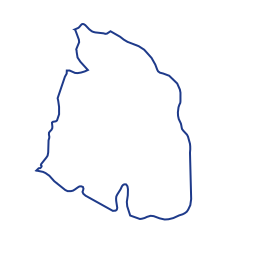 map outline of Galati (Robinson projection), rotated 203°
{"feature_id": "ROU-315", "entity_name": "Galati", "entity_type": "County", "adm_level": 1, "iso_a3": "ROU", "parent_name": "Romania", "parent_adm1": "", "projection": "robinson", "projection_center": [27.834, 45.761], "detail": "fine", "context": "isolated", "style": "outline", "palette": "blue", "viewbox_px": 256, "rotation_deg": 203, "n_neighbors": 0, "source": "natural_earth", "source_scale": "10m", "svg_char_len": 1910}
<svg xmlns="http://www.w3.org/2000/svg" viewBox="0 0 256 256"><g transform="rotate(203 128 128)"><path d="M195.8,52.9L194.5,56.0L193.1,56.8L192.6,58.0L192.6,59.2L193.7,59.8L193.8,61.0L191.6,68.9L191.2,71.1L191.9,74.3L196.3,85.6L196.6,88.1L197.1,89.4L198.2,91.0L198.9,92.8L198.5,94.5L197.8,96.2L197.6,98.0L198.1,99.6L199.7,102.5L200.1,103.3L199.5,104.4L197.1,105.9L196.3,107.2L196.8,113.7L199.7,120.5L202.9,125.8L204.4,127.9L206.1,150.5L205.7,154.1L206.8,157.0L204.2,158.1L198.3,158.0L195.9,158.8L192.9,160.7L189.9,163.2L187.6,165.7L197.8,170.4L202.0,173.2L205.0,178.0L205.7,179.4L206.2,179.8L206.4,180.4L206.5,187.9L207.8,190.2L212.6,195.3L215.1,197.9L215.5,197.9L215.2,198.2L212.7,200.9L212.0,202.7L211.7,203.9L211.1,205.4L210.4,206.0L209.4,206.3L207.5,206.0L202.2,203.7L199.1,202.9L197.4,202.9L195.5,203.2L187.5,205.6L185.7,205.8L184.3,206.6L181.9,210.2L170.9,208.9L166.4,207.7L162.1,207.1L150.1,207.5L143.7,206.4L133.7,201.7L127.6,197.0L123.9,193.1L122.4,191.9L120.2,191.4L116.9,191.9L110.5,192.2L100.1,188.2L95.3,183.7L93.5,181.0L90.2,173.2L89.7,171.5L89.8,169.4L89.6,166.8L88.2,161.9L86.7,158.8L84.8,156.1L81.0,152.7L79.8,151.0L78.9,149.6L77.9,148.2L76.0,147.1L71.1,144.9L69.4,143.5L64.8,137.7L63.6,135.5L62.4,132.8L61.3,129.5L42.1,87.3L40.5,81.3L40.7,76.4L41.2,73.9L42.5,71.7L44.0,69.9L46.7,67.6L51.1,62.8L55.1,59.8L58.5,58.1L63.6,57.2L69.9,56.9L72.9,56.0L75.8,53.6L77.6,51.6L79.8,49.9L81.5,48.9L91.8,48.3L98.1,55.6L100.2,59.5L101.9,66.0L104.1,71.6L105.7,74.1L107.6,75.3L108.8,75.0L109.8,74.3L110.4,73.4L110.8,72.0L110.9,68.6L111.9,62.5L112.0,60.4L111.4,58.4L110.4,56.3L106.7,50.3L106.4,48.5L107.1,47.1L109.6,45.8L140.6,49.1L143.4,50.0L144.9,51.4L145.0,53.1L145.3,54.8L146.5,56.1L148.4,56.0L149.9,55.2L151.0,53.7L152.9,50.6L154.2,48.8L156.0,47.5L158.9,46.3L161.5,46.4L175.1,50.2L181.7,53.3L186.3,54.3L189.1,54.4L195.0,53.2L195.7,52.9L195.8,52.9Z" fill="none" stroke="#1e3a8a" stroke-width="2"/></g></svg>